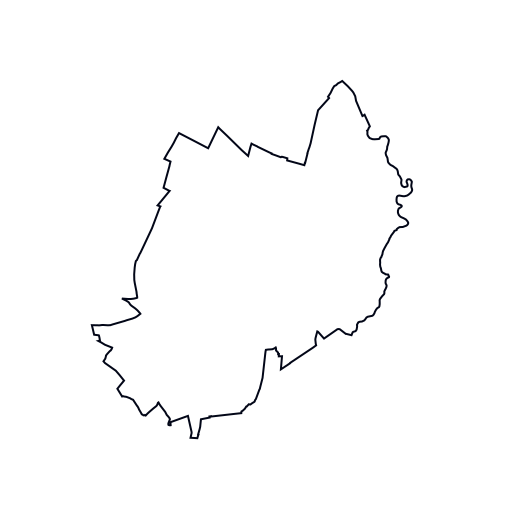 the district of Brates, Covasna, Romania, rotated 108°
{"feature_id": "2599482B24019470005720", "entity_name": "Brates", "entity_type": "district", "adm_level": 2, "iso_a3": "ROU", "parent_name": "Romania", "parent_adm1": "Covasna", "projection": "equal_earth", "projection_center": [26.08, 45.839], "detail": "fine", "context": "isolated", "style": "outline", "palette": "ink", "viewbox_px": 512, "rotation_deg": 108, "n_neighbors": 0, "source": "geoboundaries", "source_scale": "gbopen_adm2", "svg_char_len": 6120}
<svg xmlns="http://www.w3.org/2000/svg" viewBox="0 0 512 512"><g transform="rotate(108 256 256)"><path d="M145.2,331.7L168.3,334.8L165.6,350.8L162.9,367.2L168.5,368.4L173.8,369.2L178.2,370.1L184.6,371.7L191.9,373.2L192.6,366.5L196.7,366.2L197.0,366.1L208.1,365.6L219.7,365.0L220.8,358.6L220.8,358.3L225.9,360.3L238.3,365.2L238.4,362.3L238.7,362.4L244.4,362.7L261.8,363.5L285.6,366.5L289.2,367.0L289.6,367.2L295.6,367.9L296.7,368.0L297.1,368.3L298.0,368.7L301.2,368.4L304.5,367.8L311.1,366.2L316.5,364.3L319.1,363.0L327.5,358.3L327.8,358.3L331.5,356.4L332.4,356.1L332.9,356.7L334.3,359.0L335.6,361.8L336.4,364.3L337.9,370.4L338.3,367.5L338.5,366.0L339.1,363.5L339.5,362.5L340.9,360.8L341.6,359.5L341.9,358.7L343.1,354.9L344.0,352.7L344.7,351.3L345.3,350.3L346.1,348.9L346.7,348.1L349.8,350.2L351.6,351.7L353.7,354.2L357.1,359.2L358.2,360.6L365.3,371.1L366.9,373.3L367.8,376.0L368.4,378.3L368.7,379.5L369.2,381.1L370.3,383.4L372.5,390.7L380.9,385.6L380.0,381.0L380.3,380.7L382.3,379.5L384.6,378.3L385.5,379.7L386.0,376.8L387.1,372.2L387.6,364.5L388.8,364.5L390.6,364.9L391.7,365.7L395.3,367.3L397.0,367.9L398.0,367.7L398.9,367.7L400.1,367.6L403.3,368.5L404.5,366.5L408.4,353.9L411.3,349.1L415.3,343.0L420.8,345.2L425.1,346.8L431.0,339.9L430.4,339.2L430.4,338.1L430.0,335.8L430.2,331.8L430.6,330.3L430.7,328.5L435.3,322.8L435.4,322.5L436.5,321.2L438.2,319.7L440.5,317.1L441.5,316.1L441.9,315.6L441.9,314.8L442.3,313.9L442.2,313.3L442.0,312.9L441.5,312.5L441.8,311.6L439.4,310.5L437.1,309.2L432.5,306.4L429.5,304.4L428.2,304.0L426.8,303.9L425.9,303.9L425.4,303.5L426.5,302.4L428.0,300.5L431.7,295.1L432.3,294.2L434.7,291.8L436.0,289.5L437.0,288.1L437.7,287.5L438.3,287.4L439.0,287.5L440.1,287.5L440.8,287.6L442.0,287.6L442.9,287.5L443.7,287.0L443.7,286.4L443.6,285.5L443.3,284.9L440.5,286.0L429.1,271.3L443.1,263.0L444.0,262.6L444.5,262.5L449.1,262.1L447.4,255.5L444.3,255.6L443.8,255.5L443.7,255.9L438.1,256.1L435.7,256.3L428.3,257.9L424.0,250.2L423.0,250.7L422.3,249.3L422.6,249.2L421.6,247.0L415.6,233.8L412.6,227.2L410.4,222.3L410.0,221.4L408.4,221.8L407.2,220.8L404.7,219.4L402.3,218.8L402.1,218.7L402.0,218.3L399.2,217.0L399.1,215.7L398.9,215.4L397.2,214.2L395.2,212.5L394.7,212.3L393.6,212.4L392.0,211.9L382.0,211.5L381.2,211.3L379.1,211.5L369.9,212.1L345.6,217.1L343.4,217.5L342.2,217.6L341.2,215.6L340.4,213.5L339.6,211.6L338.1,209.9L336.9,209.0L337.5,208.5L339.7,207.7L341.0,205.2L342.1,204.7L342.5,204.6L342.2,203.9L344.4,203.3L343.3,200.3L356.1,197.3L347.4,190.4L347.1,190.5L325.7,173.6L322.4,171.2L321.1,172.0L317.3,173.7L315.8,174.0L312.8,174.2L308.8,174.4L308.9,173.6L313.5,165.8L301.2,156.5L300.6,156.1L300.1,155.3L299.9,154.7L299.8,154.1L299.8,153.5L300.0,153.0L302.3,146.6L302.2,146.5L301.8,140.7L298.7,140.5L298.4,140.3L298.1,140.1L296.7,138.1L295.5,137.7L294.6,137.6L292.0,138.0L291.2,138.2L290.6,138.6L290.0,138.7L287.9,138.3L287.9,138.2L287.3,138.0L286.8,137.5L286.3,136.7L285.6,135.0L283.8,133.1L282.6,132.6L280.3,131.9L279.2,130.9L277.1,127.2L276.7,126.7L275.6,126.1L273.9,125.7L272.4,125.7L270.2,125.3L268.7,124.8L267.9,124.4L266.7,123.3L266.3,123.2L265.7,123.1L263.5,123.5L261.1,124.3L260.1,124.7L259.2,124.8L258.3,124.7L255.2,123.6L252.7,122.4L251.8,122.4L250.0,123.0L248.2,122.8L247.4,122.6L245.2,122.4L243.9,122.6L243.0,123.2L242.2,124.1L241.2,124.6L239.2,125.1L238.0,125.1L236.7,124.6L235.1,123.0L234.4,123.1L234.2,123.3L234.2,123.6L233.1,124.3L232.8,124.6L233.4,127.2L233.0,128.0L232.8,129.8L232.2,131.5L231.0,132.4L230.0,132.9L228.7,133.7L227.9,134.4L227.1,134.8L225.8,135.4L224.1,135.8L222.3,136.5L221.0,136.9L220.5,136.9L219.0,136.8L218.0,136.4L217.5,136.5L215.4,136.3L213.5,136.6L212.1,136.7L208.8,136.2L204.2,135.3L202.3,134.7L198.8,134.3L198.3,134.5L196.2,133.9L195.7,133.9L194.9,133.8L191.7,132.7L190.6,132.3L189.3,132.1L187.9,130.3L186.9,130.4L185.3,129.4L184.2,128.4L183.0,125.3L180.7,122.4L180.0,121.9L179.5,121.6L178.3,121.3L177.4,121.5L177.0,121.8L176.3,122.5L175.6,123.6L175.0,124.6L174.6,126.3L174.4,127.7L174.2,129.7L174.0,130.7L173.6,131.6L172.9,132.8L171.9,133.7L170.9,134.4L170.0,134.7L169.1,135.0L168.1,135.0L167.3,135.0L166.6,134.8L166.0,134.3L165.3,133.6L164.3,132.9L163.5,132.8L163.1,133.1L162.9,133.6L162.7,135.0L162.8,136.0L162.7,136.8L162.4,137.6L162.0,138.1L160.8,139.1L158.9,139.8L157.1,140.2L156.1,140.2L155.3,139.9L154.7,139.3L154.2,138.3L153.7,134.7L153.4,133.6L153.0,132.8L152.5,132.0L152.0,131.2L151.5,130.7L150.4,129.8L147.7,128.2L146.9,128.0L145.7,127.8L144.9,127.9L144.1,128.3L142.3,129.6L140.7,130.2L137.3,130.7L136.9,131.0L136.0,132.2L135.8,132.8L135.6,133.4L135.7,134.1L136.1,135.0L136.3,135.4L136.9,135.7L137.4,135.9L138.3,135.9L139.0,135.7L140.3,134.6L141.3,133.9L142.1,133.6L142.5,133.5L143.2,133.8L144.6,136.1L144.6,137.0L144.3,138.4L144.1,138.7L143.4,139.5L141.8,140.5L141.0,140.7L138.8,141.1L138.2,141.4L136.7,142.9L135.8,143.8L134.9,145.4L134.5,145.9L133.0,146.7L132.1,147.1L131.0,147.8L130.2,148.5L129.9,148.9L129.5,149.7L129.0,151.3L128.4,153.0L128.1,154.0L128.0,155.2L127.7,156.4L127.3,157.3L126.3,159.0L125.6,159.6L123.1,160.8L122.0,161.4L120.0,163.4L118.7,164.2L117.8,164.6L117.2,164.6L115.0,164.4L113.9,164.4L111.3,165.0L110.2,164.9L107.5,165.0L105.9,165.2L104.6,165.5L104.1,165.9L103.4,166.5L102.8,167.4L102.1,169.0L102.0,169.5L102.2,170.4L102.5,171.1L102.8,171.9L103.2,172.9L103.6,173.7L104.2,174.4L104.7,174.6L105.2,174.8L106.0,174.8L106.4,174.9L107.0,175.9L108.4,179.4L108.9,181.5L108.7,184.4L107.9,185.6L107.0,186.8L105.8,187.7L104.8,188.0L103.3,188.4L102.5,189.1L101.3,188.4L99.8,188.4L97.5,187.8L88.1,196.4L89.4,197.4L90.0,198.0L78.2,208.2L77.5,208.8L73.4,211.0L70.4,214.0L69.3,215.6L66.2,221.1L62.9,228.1L64.5,229.4L66.5,231.4L68.8,232.6L70.1,234.0L70.6,234.2L73.0,234.8L78.0,235.5L82.3,236.7L83.2,235.3L98.2,242.0L113.0,240.8L131.9,238.9L136.2,238.8L137.6,238.9L142.4,238.9L142.5,238.7L152.4,238.0L152.4,238.3L154.7,238.1L154.9,243.7L155.5,255.9L153.4,256.4L153.5,260.4L153.6,262.1L154.4,262.9L154.2,268.5L154.1,272.7L153.6,272.8L153.4,275.1L151.6,288.3L151.4,288.7L150.9,293.0L150.5,295.0L153.8,295.0L163.3,294.4L161.0,299.5L159.8,302.2L150.6,320.7L146.1,330.1L145.2,331.7Z" fill="none" stroke="#020617" stroke-width="2"/></g></svg>